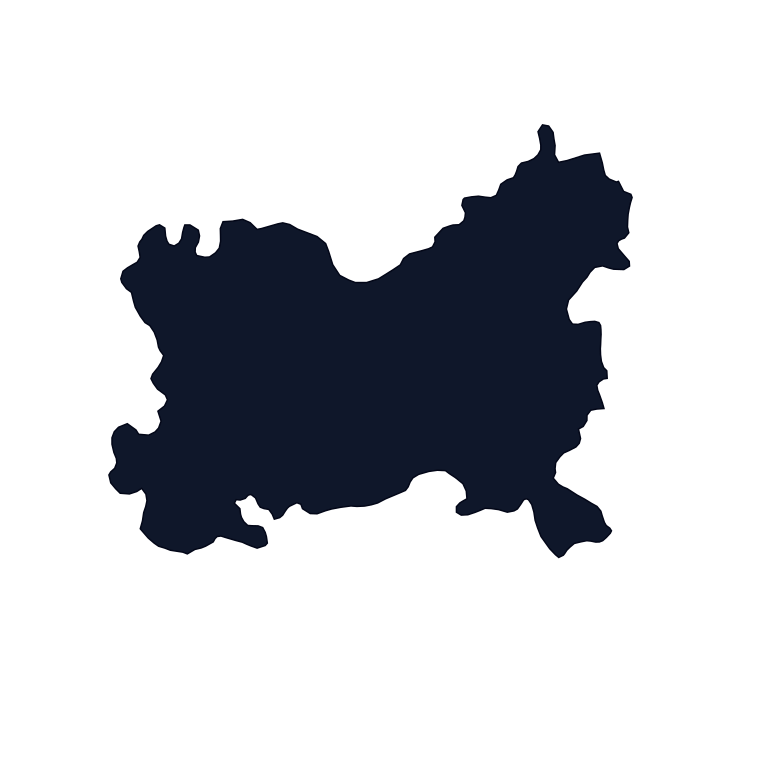 the district of Rahachow, Gomel, Belarus, rotated 344°
{"feature_id": "67162791B93010244041694", "entity_name": "Rahachow", "entity_type": "district", "adm_level": 2, "iso_a3": "BLR", "parent_name": "Belarus", "parent_adm1": "Gomel", "projection": "albers", "projection_center": [30.185, 53.104], "detail": "fine", "context": "isolated", "style": "filled", "palette": "ink", "viewbox_px": 768, "rotation_deg": 344, "n_neighbors": 0, "source": "geoboundaries", "source_scale": "gbopen_adm2", "svg_char_len": 4703}
<svg xmlns="http://www.w3.org/2000/svg" viewBox="0 0 768 768"><g transform="rotate(344 384 384)"><path d="M504.5,598.8L509.2,598.0L510.9,596.8L513.9,594.2L517.7,592.1L523.0,589.7L529.8,590.0L535.7,590.5L539.5,592.0L543.9,594.3L547.5,595.2L551.0,594.9L555.4,592.8L560.4,589.8L562.2,587.8L561.3,584.8L558.6,581.3L557.7,577.8L557.4,570.7L557.4,566.0L555.0,560.4L550.6,556.0L545.2,550.1L539.0,544.0L531.3,535.2L527.5,532.2L524.0,528.4L520.7,521.1L522.2,519.3L524.5,516.4L525.1,512.5L527.4,506.9L533.0,502.5L537.7,499.8L543.9,498.9L551.2,497.4L555.3,494.8L557.9,490.6L558.2,485.9L558.5,480.9L563.8,479.7L569.0,475.0L570.5,470.0L575.5,466.2L581.6,466.7L588.7,468.2L588.7,462.1L588.2,453.9L587.7,448.9L588.2,443.9L591.3,441.2L596.3,439.6L600.1,440.1L601.8,432.7L599.7,428.8L599.2,422.1L600.2,415.7L601.7,409.7L603.0,406.1L604.7,400.9L606.3,396.3L607.5,391.6L608.3,387.5L607.5,384.2L603.9,381.9L599.5,380.9L594.3,380.1L587.1,380.2L581.7,378.4L579.8,373.0L580.0,362.2L584.6,354.1L594.9,347.7L602.9,340.7L608.5,337.3L612.8,333.4L618.7,330.0L626.7,330.7L631.9,334.3L636.3,336.9L646.1,340.1L652.5,338.3L653.5,333.7L650.6,327.5L646.5,318.5L646.7,313.1L649.0,311.0L652.1,310.2L655.4,310.0L661.0,306.1L661.3,300.2L663.5,293.5L665.5,288.0L668.6,281.8L670.9,277.7L673.9,273.1L673.6,269.7L671.0,267.7L667.4,264.9L665.3,254.1L665.2,253.8L663.0,253.9L657.0,249.1L654.2,244.5L654.2,239.0L654.8,231.6L654.8,221.5L639.8,219.2L621.6,219.7L612.9,219.0L611.1,210.7L614.2,201.9L614.9,195.3L615.9,188.7L613.4,181.4L607.8,178.6L601.6,183.9L601.6,184.1L601.3,190.9L600.6,197.5L599.3,202.0L595.1,206.2L590.2,208.7L584.0,209.8L577.0,209.5L572.8,211.9L570.1,216.1L567.6,219.3L565.2,221.4L558.6,221.7L551.3,224.2L547.8,229.1L544.0,233.6L538.1,234.4L532.8,232.3L526.6,229.5L519.6,228.2L512.6,227.5L510.9,228.5L508.1,233.8L509.5,241.8L507.8,246.0L505.7,249.1L500.1,251.6L494.2,250.2L490.7,250.2L483.7,250.6L473.3,256.9L472.3,261.4L468.4,265.6L464.2,266.3L457.3,266.3L444.4,266.0L437.4,268.8L432.5,274.0L423.8,276.8L415.1,279.3L407.7,281.4L395.2,281.7L384.4,278.6L378.8,274.4L371.4,267.4L367.6,255.2L367.3,241.3L366.6,232.9L360.3,223.8L343.6,211.3L337.3,204.7L331.1,201.2L326.2,200.8L318.5,200.8L309.1,200.8L304.6,200.4L299.8,192.0L293.5,186.8L283.4,185.7L274.0,183.6L269.5,189.5L267.7,196.5L266.3,201.7L263.1,208.0L258.3,211.4L257.5,211.7L251.3,213.8L246.7,212.8L239.4,208.9L238.8,205.1L240.2,200.9L244.7,196.4L247.5,190.8L247.9,184.9L241.3,177.6L236.4,176.2L234.7,178.6L232.2,182.8L229.4,188.7L225.6,192.1L220.4,193.5L215.8,190.4L214.8,186.9L214.8,181.7L216.3,173.7L212.1,169.1L208.6,169.1L198.9,172.2L194.0,174.9L191.2,178.1L188.4,180.1L185.6,183.6L185.2,189.5L184.5,195.1L180.3,198.9L176.1,199.9L169.5,201.6L164.2,203.7L160.0,210.3L160.0,214.1L162.7,221.4L166.5,226.3L166.1,235.4L166.1,241.7L168.5,251.8L171.2,259.1L175.0,263.3L177.4,270.7L178.1,279.1L177.4,286.4L178.0,290.2L180.1,295.8L176.2,301.4L171.3,305.9L164.3,310.8L161.5,314.6L162.5,319.8L164.9,326.5L170.8,334.2L171.5,339.5L166.9,344.7L159.2,347.8L159.5,358.3L155.2,364.2L150.7,367.0L143.7,368.3L134.3,364.7L132.9,359.8L126.3,351.4L116.9,352.4L113.0,354.7L111.6,355.5L107.7,360.7L105.9,367.0L105.5,375.4L106.2,381.7L105.4,386.2L101.9,390.8L97.0,393.2L94.5,395.6L94.1,403.7L97.2,410.7L100.3,416.3L109.0,419.5L116.7,419.2L122.3,417.5L124.8,424.2L124.0,430.8L121.2,436.1L117.6,441.3L114.1,449.0L109.8,456.0L112.9,462.7L115.0,467.2L119.2,473.6L122.6,477.8L128.2,481.4L132.8,484.9L144.3,490.2L148.1,493.1L156.6,490.9L163.1,491.2L167.8,490.7L176.3,488.7L179.0,486.0L181.6,484.6L185.4,485.2L189.0,487.6L198.3,493.5L204.2,497.0L207.7,500.0L211.5,503.0L216.8,506.8L225.3,506.5L228.0,504.8L228.9,498.3L228.9,493.9L227.8,488.6L223.9,485.7L218.1,483.9L214.0,482.4L211.3,477.7L210.2,473.0L210.2,469.7L211.1,464.1L207.3,457.4L210.0,454.4L213.8,455.9L219.1,455.7L221.4,454.2L223.2,453.3L225.8,453.6L229.1,458.1L229.9,464.5L231.1,468.3L234.3,470.7L238.7,472.8L240.7,478.4L241.3,483.7L246.9,483.7L250.4,482.2L254.0,479.0L256.9,476.7L259.3,475.5L267.5,474.1L271.0,476.7L271.3,481.4L277.4,488.2L283.9,490.3L292.7,489.7L299.2,489.7L308.6,490.6L318.6,492.1L324.2,494.2L331.8,496.0L338.6,496.6L345.1,496.6L353.9,494.8L361.5,493.9L368.3,493.1L375.3,492.2L378.9,489.5L382.1,485.4L385.9,482.2L392.4,480.4L403.0,480.4L411.5,481.6L419.2,484.2L422.1,488.1L426.8,493.6L432.4,501.6L433.6,509.5L432.1,517.2L427.4,518.3L424.2,519.2L419.8,521.9L418.3,527.2L422.1,531.3L428.6,532.8L436.0,532.5L442.1,531.9L446.9,531.3L452.7,533.3L459.5,536.3L467.2,541.2L474.0,541.8L477.8,540.9L482.2,537.4L486.3,533.8L489.0,533.5L491.0,535.0L492.8,540.6L492.8,548.3L491.7,556.8L492.0,564.5L492.9,573.9L495.3,580.7L497.9,588.0L501.8,595.4L504.2,598.9L504.5,598.8Z" fill="#0f172a" stroke="#020617" stroke-width="1.5"/></g></svg>